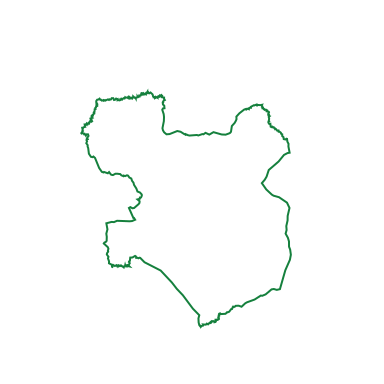 Nong Han, Udon Thani, Thailand, rotated 235°
{"feature_id": "78962969B68603960000153", "entity_name": "Nong Han", "entity_type": "district", "adm_level": 2, "iso_a3": "THA", "parent_name": "Thailand", "parent_adm1": "Udon Thani", "projection": "orthographic", "projection_center": [103.164, 17.36], "detail": "fine", "context": "isolated", "style": "outline", "palette": "green", "viewbox_px": 384, "rotation_deg": 235, "n_neighbors": 0, "source": "geoboundaries", "source_scale": "gbopen_adm2", "svg_char_len": 6052}
<svg xmlns="http://www.w3.org/2000/svg" viewBox="0 0 384 384"><g transform="rotate(235 192 192)"><path d="M288.0,222.8L288.5,222.5L288.5,221.6L289.0,222.0L289.1,221.0L289.6,221.0L289.5,220.5L289.1,220.8L288.7,220.2L288.8,219.7L289.6,219.8L289.8,219.3L289.5,218.9L289.6,217.9L289.1,217.7L290.6,217.0L290.0,216.3L290.1,215.6L290.5,215.9L290.9,215.5L291.0,216.1L292.5,214.9L294.5,215.7L297.3,215.1L297.4,213.5L298.1,213.4L298.3,212.8L298.9,213.1L299.0,212.4L299.6,212.8L299.2,211.9L300.2,212.1L299.5,211.7L299.3,210.4L298.6,210.1L299.4,209.5L299.3,209.2L300.3,209.0L299.9,208.5L300.2,207.9L301.0,208.5L301.6,207.8L301.0,207.7L301.3,207.0L300.6,206.9L301.2,206.4L300.5,205.5L301.3,204.2L300.4,203.8L301.0,202.9L300.6,202.7L300.8,202.1L301.4,202.1L300.8,201.7L301.5,200.1L301.0,199.7L301.7,199.8L301.9,199.2L303.9,198.7L303.1,198.2L303.5,197.8L302.9,196.5L303.6,196.3L303.8,195.7L304.1,196.2L304.4,195.5L305.6,195.3L305.3,194.5L305.9,194.5L305.5,194.0L306.1,193.9L305.8,193.4L306.6,193.1L307.3,191.8L308.0,191.6L307.3,190.4L308.0,190.0L307.9,189.1L308.4,188.2L308.1,187.9L308.9,187.6L308.4,186.7L308.9,186.4L308.4,186.0L308.6,185.2L309.8,184.1L310.3,184.3L310.2,183.7L311.1,184.1L312.1,183.4L311.7,181.8L312.1,180.9L314.0,181.3L314.9,180.0L314.3,178.7L314.8,177.6L315.3,177.4L315.1,176.7L316.1,176.2L316.6,173.4L317.2,173.4L317.4,172.1L318.1,172.2L318.5,170.6L319.9,170.3L320.1,169.8L321.5,169.8L321.4,168.5L322.0,167.2L321.4,165.7L320.0,164.8L319.1,165.0L318.9,164.3L317.8,164.4L317.9,163.7L316.9,163.5L317.2,162.6L316.5,162.0L316.4,161.1L315.3,160.6L315.6,159.7L314.0,158.5L313.6,157.3L312.9,157.5L312.3,157.0L312.5,156.2L311.4,154.5L312.1,154.3L311.9,153.3L310.8,152.7L309.9,152.9L310.3,151.5L309.5,151.3L310.0,150.8L308.8,150.4L307.3,150.7L307.2,149.9L308.4,148.9L307.2,147.1L307.9,146.9L307.3,145.5L308.4,145.2L307.7,144.4L308.4,144.3L308.3,143.6L308.9,142.8L308.5,142.6L308.1,143.0L307.2,141.7L306.7,141.7L307.3,139.9L306.6,139.0L307.1,138.7L305.5,138.0L305.0,137.3L304.5,137.5L303.7,135.1L303.2,135.1L303.0,136.0L301.5,137.3L301.0,136.8L300.3,137.5L299.1,137.4L299.7,138.7L298.9,139.9L297.3,139.4L296.4,137.1L295.3,136.9L295.8,136.2L295.0,135.3L293.8,135.2L292.6,133.4L290.2,133.4L289.0,132.5L287.6,132.2L282.5,129.5L278.8,129.4L277.6,130.5L277.6,131.6L275.5,132.1L264.9,129.7L260.2,129.7L258.8,130.7L258.9,131.4L255.6,133.8L255.9,135.5L252.8,135.6L251.8,136.3L251.2,137.0L250.9,139.7L249.8,141.3L247.8,143.5L246.2,143.7L244.3,144.9L244.6,145.5L243.4,146.3L243.0,148.3L242.1,149.0L239.7,149.0L237.9,150.0L235.5,149.3L233.2,149.4L231.1,148.6L226.7,148.4L223.7,147.6L221.4,149.1L218.8,149.4L217.8,148.8L216.8,147.2L216.8,146.3L217.2,146.0L216.4,145.3L217.2,143.1L214.5,143.8L213.2,142.7L212.7,141.3L212.1,135.4L212.8,133.9L215.0,132.8L215.1,131.2L204.4,129.1L204.1,129.6L201.9,129.5L202.6,126.2L203.8,124.1L211.4,114.1L212.1,110.8L213.6,109.0L215.5,103.9L209.9,101.3L207.0,97.9L204.2,96.5L201.0,94.1L200.6,93.2L200.8,91.1L200.4,90.2L195.1,91.4L193.5,91.0L192.0,89.3L191.2,89.1L190.6,87.3L189.7,86.4L186.8,86.4L185.9,85.1L182.8,84.3L181.2,83.1L178.4,84.6L176.6,83.6L176.3,83.8L177.4,85.6L175.6,86.4L175.4,88.1L174.3,88.1L174.7,88.6L174.2,89.8L173.1,89.4L172.9,90.7L172.2,91.2L172.5,91.8L169.5,92.8L170.1,93.4L169.5,94.3L170.4,95.3L169.8,95.1L169.5,95.9L168.2,96.0L167.8,97.3L166.9,98.1L168.9,97.8L168.6,98.4L169.4,100.2L170.6,100.4L171.6,99.8L170.9,100.8L171.3,101.7L173.7,103.8L172.5,105.7L172.3,108.7L171.4,109.1L170.0,108.5L169.6,109.5L168.5,110.0L168.3,111.3L167.7,111.8L161.7,112.8L145.6,121.3L129.5,123.6L121.4,124.0L112.7,125.3L95.9,125.8L86.9,127.3L84.8,124.8L81.3,122.6L78.7,121.6L77.4,121.7L77.9,122.1L77.3,122.3L76.5,122.0L76.7,123.5L76.2,124.4L76.6,125.3L77.0,125.3L75.4,127.2L75.7,128.6L74.4,129.2L74.7,130.2L74.2,131.6L74.7,131.6L74.9,133.6L74.2,133.5L74.4,134.8L73.9,135.5L73.2,135.9L72.5,135.6L72.1,136.6L73.5,137.7L72.9,138.0L73.5,138.7L72.6,139.5L72.9,140.6L72.5,140.6L72.5,141.2L73.5,141.8L74.1,141.5L74.8,142.3L74.9,143.1L75.4,143.0L75.8,144.1L76.5,144.0L76.7,144.4L76.5,145.4L75.4,145.7L73.0,149.6L73.4,151.8L73.0,152.0L72.6,153.8L73.6,156.9L73.2,157.7L74.3,159.3L74.0,159.8L74.4,160.1L73.5,161.1L73.7,162.5L72.1,165.0L69.6,166.8L70.3,171.8L70.1,173.8L68.0,181.6L67.7,189.0L66.7,190.0L65.9,193.6L66.6,201.3L65.6,203.4L63.2,205.3L62.0,208.3L74.4,223.6L80.3,233.3L83.9,237.0L88.6,239.4L91.5,240.1L95.9,243.1L99.5,244.3L104.2,244.8L106.6,247.7L110.0,249.7L113.9,254.0L117.5,256.6L123.0,262.7L128.8,263.7L137.8,260.3L142.2,256.7L144.0,255.9L151.5,254.3L159.2,254.3L160.3,258.6L161.8,261.9L166.0,267.5L167.3,280.4L169.6,288.6L169.1,292.6L168.2,294.5L174.0,297.1L176.1,298.7L178.5,299.0L181.0,300.3L181.5,299.9L181.4,298.7L182.7,297.5L184.5,298.4L186.1,298.0L187.5,299.0L188.6,298.4L189.6,298.8L191.4,298.2L191.7,297.6L192.8,298.1L193.3,297.0L195.3,296.9L195.7,296.1L196.5,296.5L197.0,296.0L198.2,296.1L198.7,295.2L199.5,295.3L200.0,294.6L199.8,294.2L200.4,293.9L202.9,295.3L203.1,294.6L203.9,294.2L205.5,294.6L205.7,295.8L206.3,295.7L207.7,297.2L209.5,297.9L209.6,299.1L210.2,298.8L210.9,299.3L211.5,298.7L212.4,299.4L212.8,300.6L213.6,300.9L215.2,299.5L215.7,300.4L216.9,299.9L217.4,298.8L218.3,298.9L218.7,298.2L219.7,298.4L220.1,297.9L220.5,298.5L221.5,298.1L221.9,298.8L223.0,298.7L223.3,299.3L223.9,297.9L225.5,295.9L225.5,295.1L226.3,295.2L226.1,294.6L226.9,294.1L227.2,292.6L227.6,292.4L228.0,289.2L227.2,288.5L227.9,287.8L228.0,286.8L227.2,286.1L228.3,285.4L228.4,283.8L229.1,283.9L229.6,282.0L229.3,276.0L228.3,271.6L226.1,270.2L225.1,268.6L224.1,266.5L223.2,262.5L219.0,258.5L218.6,257.3L218.7,256.0L219.7,252.4L222.1,249.3L228.7,243.9L229.1,239.1L232.7,237.0L232.7,234.5L233.5,233.7L234.7,229.6L235.9,228.7L239.7,222.3L241.3,220.9L242.2,220.6L242.4,219.7L243.4,219.7L243.6,219.0L247.9,217.2L250.4,214.9L252.3,206.9L253.9,204.2L256.9,203.4L259.2,203.6L261.2,204.4L266.2,209.6L269.5,212.1L272.1,213.5L276.4,214.8L277.1,216.1L276.4,217.5L278.7,218.8L280.3,218.4L281.2,218.8L282.0,219.9L282.4,219.7L283.3,221.7L283.0,222.5L284.7,222.7L285.4,223.3L286.8,221.8L288.0,222.8Z" fill="none" stroke="#15803d" stroke-width="2"/></g></svg>